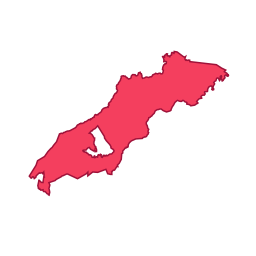 the district of Ixtlán de Juárez, Oaxaca, Mexico, rotated 22°
{"feature_id": "50627088B17775839910325", "entity_name": "Ixtlán de Juárez", "entity_type": "district", "adm_level": 2, "iso_a3": "MEX", "parent_name": "Mexico", "parent_adm1": "Oaxaca", "projection": "equal_earth", "projection_center": [-96.312, 17.477], "detail": "fine", "context": "isolated", "style": "filled", "palette": "rose", "viewbox_px": 256, "rotation_deg": 22, "n_neighbors": 0, "source": "geoboundaries", "source_scale": "gbopen_adm2", "svg_char_len": 5816}
<svg xmlns="http://www.w3.org/2000/svg" viewBox="0 0 256 256"><g transform="rotate(22 128 128)"><path d="M142.2,39.7L142.7,41.1L142.6,41.6L141.5,41.2L140.4,41.6L140.3,42.4L140.7,42.8L141.0,44.0L140.2,44.7L140.0,45.3L140.1,46.3L139.7,46.4L138.9,45.8L137.5,46.3L137.1,45.8L136.8,44.5L135.8,44.8L135.7,45.7L134.8,46.9L135.3,48.5L133.8,48.4L133.3,48.8L133.5,49.1L134.5,49.6L135.1,50.6L135.8,51.2L136.3,53.1L136.5,53.2L137.1,52.4L138.4,52.1L138.8,52.2L139.3,53.9L138.2,54.6L138.3,55.3L137.5,56.1L137.5,58.7L137.9,59.8L137.9,60.6L138.7,61.2L139.2,61.2L139.5,62.6L139.6,64.3L139.4,64.9L138.2,65.5L137.3,65.1L136.1,65.7L135.2,66.7L133.1,67.0L133.1,67.3L131.0,69.5L130.8,71.3L130.2,72.0L129.4,72.2L128.4,73.4L126.0,73.8L125.2,74.4L124.7,75.3L122.9,76.5L121.5,75.0L121.1,73.8L120.4,73.5L120.1,72.7L118.8,72.5L118.4,71.8L117.1,72.9L117.3,75.2L116.6,76.4L115.3,76.6L115.2,76.2L114.6,75.9L112.2,76.8L111.6,78.6L112.0,80.4L111.4,81.4L110.1,82.4L108.1,81.6L107.9,81.8L105.8,80.9L105.0,81.5L104.1,81.3L102.5,82.4L102.4,83.0L103.0,84.2L102.8,85.5L103.1,86.5L102.3,90.0L102.5,90.9L101.7,92.0L101.5,92.6L101.7,93.9L102.6,95.2L102.6,96.0L104.2,96.9L104.4,98.5L104.1,98.9L104.0,100.1L103.4,100.5L103.0,101.4L102.6,104.1L102.9,105.7L102.0,107.9L102.1,109.6L100.9,112.0L101.0,113.5L101.3,113.8L101.6,113.6L101.8,114.3L101.5,115.2L101.7,116.0L101.2,115.9L100.9,116.7L99.4,117.6L97.9,119.0L97.2,120.6L97.0,121.4L97.2,121.9L97.0,123.2L95.2,126.2L95.1,127.0L94.6,127.1L94.1,127.7L93.0,127.6L92.3,128.5L92.4,129.2L92.3,130.0L92.6,130.5L92.0,130.9L91.6,131.7L91.3,131.8L90.8,133.2L90.1,133.4L90.1,134.1L89.8,134.1L89.7,134.7L88.9,134.6L88.5,134.9L86.8,137.7L85.7,138.3L85.3,139.5L84.0,140.8L83.5,141.2L82.6,141.1L82.4,141.7L81.5,142.2L80.8,143.5L80.1,144.0L79.8,144.8L79.6,146.4L79.0,147.6L75.1,152.3L73.6,153.3L73.0,153.5L71.6,154.8L71.0,155.7L70.1,156.2L69.4,157.6L68.4,157.7L67.6,158.2L67.0,159.2L66.7,159.2L66.9,167.5L65.5,171.9L64.9,174.6L64.2,175.7L62.6,179.9L61.3,185.7L56.4,192.2L56.7,197.1L54.5,209.6L57.0,210.8L57.5,210.2L57.7,209.1L58.3,208.8L59.0,208.9L60.0,210.0L61.0,208.3L60.8,206.7L62.5,202.9L62.8,203.1L63.6,202.7L65.2,201.6L66.1,202.2L66.4,200.5L67.8,203.1L68.2,204.7L68.8,204.9L68.4,205.7L69.6,210.4L68.0,210.9L65.2,209.7L64.9,209.9L65.1,210.3L66.0,215.2L67.1,216.8L67.5,216.9L67.6,217.6L68.3,217.6L68.8,218.0L69.3,217.6L70.5,218.3L72.2,217.2L72.2,217.6L73.6,218.5L75.2,218.0L77.5,219.2L79.0,219.2L79.2,219.7L80.0,219.8L79.5,216.9L78.0,214.5L77.4,213.9L76.9,210.1L75.1,208.3L80.1,204.0L80.7,202.6L84.4,198.1L84.9,197.0L85.5,196.7L88.3,193.7L89.2,193.3L100.2,193.9L106.5,186.0L107.3,184.0L108.7,187.4L111.8,182.0L116.5,180.5L123.0,174.6L126.3,178.0L129.0,177.6L130.4,177.1L129.6,175.3L129.6,174.3L129.4,174.3L130.1,172.8L130.8,172.2L131.3,172.1L132.1,167.9L133.1,167.6L132.1,166.2L133.1,164.0L133.5,159.6L131.8,154.2L132.5,153.2L131.7,151.1L132.5,149.3L132.7,147.9L133.6,147.4L133.7,147.1L133.6,146.6L133.9,146.6L134.4,145.9L134.8,146.0L135.1,145.4L134.5,143.3L134.8,141.1L136.0,138.6L139.3,135.2L145.2,132.3L145.4,131.3L146.2,130.8L146.8,129.9L147.5,129.8L148.3,128.9L148.5,126.9L148.9,126.3L148.8,124.4L148.2,124.3L147.7,123.3L147.7,121.4L146.6,121.0L144.7,118.3L144.0,118.1L143.6,117.6L143.0,116.4L142.9,115.4L143.5,113.7L143.7,111.7L143.4,110.7L144.4,109.9L145.1,108.3L145.5,108.1L145.8,106.7L146.8,104.5L146.8,102.0L148.2,100.0L149.0,99.7L150.5,98.4L151.8,98.0L154.2,98.7L157.7,98.7L160.5,96.5L161.2,95.5L161.0,94.4L161.1,91.8L161.6,89.8L161.9,86.8L163.2,84.2L163.6,83.8L165.4,83.9L167.3,83.5L167.9,83.0L168.3,82.0L169.1,81.7L171.1,82.4L172.8,82.2L173.2,82.6L173.5,83.8L176.3,83.3L177.9,83.9L181.0,82.0L181.9,81.0L182.3,80.1L183.4,79.0L183.5,78.6L181.7,77.7L182.7,74.8L183.5,73.8L185.2,72.8L185.2,72.6L184.2,72.0L183.9,71.3L184.4,70.3L185.2,69.4L186.3,69.1L186.7,68.1L186.7,67.4L185.8,66.8L185.5,65.8L187.9,64.4L188.0,64.0L187.5,62.9L187.3,61.2L187.7,59.4L188.9,58.1L189.9,57.8L190.9,59.0L191.2,60.0L191.2,60.8L192.2,61.1L193.0,60.5L192.9,59.7L191.6,58.8L191.4,56.5L191.8,55.3L191.7,54.5L190.5,53.8L190.8,52.5L191.8,51.2L191.6,48.9L192.0,48.2L193.2,48.0L195.1,49.8L195.3,49.3L195.3,48.7L194.2,45.7L194.4,45.1L195.0,44.7L195.5,45.3L195.6,47.3L196.9,48.0L197.6,49.1L197.9,49.0L198.4,48.1L198.5,46.5L198.9,46.1L199.1,45.1L198.2,43.6L198.2,43.1L198.7,42.3L199.5,42.1L200.6,42.9L201.4,42.4L201.5,41.7L201.0,41.0L200.4,41.0L199.1,40.2L196.2,39.7L196.2,39.1L196.9,37.7L192.3,37.4L186.2,36.2L160.5,43.3L159.8,42.1L159.4,42.4L158.9,42.2L157.9,43.0L156.9,43.0L156.7,43.3L156.4,43.1L156.2,43.5L155.4,43.2L154.9,42.6L154.7,41.7L154.6,40.2L154.0,41.1L152.2,41.0L145.1,39.1L142.2,39.7ZM99.1,137.3L109.3,144.7L110.0,146.1L112.6,147.9L117.3,150.2L119.2,151.7L119.6,152.8L120.2,153.1L122.1,153.3L122.5,153.7L123.3,154.0L123.6,154.5L123.6,155.3L123.7,155.5L123.0,156.7L122.9,157.7L122.1,158.5L121.1,158.8L119.7,160.7L119.6,161.2L118.8,161.6L118.1,161.3L117.9,161.4L117.8,162.2L117.2,162.6L116.7,162.4L116.3,162.8L115.8,162.3L115.2,163.1L115.3,164.3L115.1,164.9L114.2,164.8L113.5,164.0L113.3,162.8L112.2,162.7L111.9,163.7L111.3,164.0L110.7,163.8L110.4,164.1L110.4,165.2L110.7,166.4L109.4,166.5L108.5,167.8L107.5,166.4L107.1,166.9L107.3,167.7L106.8,168.3L105.6,168.5L104.6,167.4L103.7,167.0L103.2,167.0L102.6,167.4L102.1,167.2L101.6,167.5L100.2,166.6L99.4,166.8L98.8,166.2L98.3,166.1L97.5,166.6L96.8,166.2L96.1,166.6L94.8,166.1L94.6,165.7L95.1,165.2L97.4,164.1L97.6,163.1L98.4,161.3L99.4,160.5L101.2,161.7L102.7,161.9L104.7,162.2L105.2,161.0L105.6,161.0L106.3,162.3L107.6,161.6L107.2,160.4L106.6,159.3L105.9,158.8L105.4,159.1L105.1,159.0L105.4,157.7L104.1,157.2L102.9,156.0L102.6,155.9L102.0,154.8L101.5,153.1L101.6,152.1L100.9,150.0L100.6,150.2L97.3,147.7L95.5,147.1L94.0,147.3L94.7,145.6L95.0,145.3L95.0,144.5L95.3,144.1L95.8,144.1L96.1,143.4L96.1,142.7L97.8,140.8L99.1,137.3Z" fill="#f43f5e" stroke="#9f1239" stroke-width="1.5"/></g></svg>